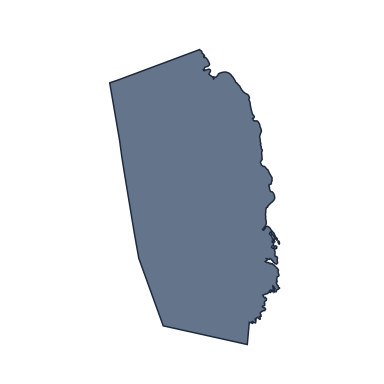 outline of West Kwaio, Malaita, Solomon Islands, rotated 202°
{"feature_id": "97153195B63477576504683", "entity_name": "West Kwaio", "entity_type": "district", "adm_level": 2, "iso_a3": "SLB", "parent_name": "Solomon Islands", "parent_adm1": "Malaita", "projection": "albers", "projection_center": [160.814, -9.033], "detail": "fine", "context": "isolated", "style": "filled", "palette": "slate", "viewbox_px": 384, "rotation_deg": 202, "n_neighbors": 0, "source": "geoboundaries", "source_scale": "gbopen_adm2", "svg_char_len": 5818}
<svg xmlns="http://www.w3.org/2000/svg" viewBox="0 0 384 384"><g transform="rotate(202 192 192)"><path d="M86.9,92.9L87.2,93.8L87.9,94.3L87.7,94.6L86.1,94.4L85.7,94.0L85.5,94.3L84.6,94.3L84.1,94.5L84.1,95.3L84.4,96.0L84.7,96.2L84.6,96.8L84.9,96.9L84.9,97.1L85.6,97.3L85.9,97.8L85.0,98.3L85.2,99.0L84.9,99.2L84.3,100.4L83.9,100.5L83.4,100.0L82.9,100.0L82.7,99.7L81.6,99.3L81.2,99.5L81.3,100.1L81.6,100.5L81.9,101.3L82.4,101.6L82.5,101.9L82.5,102.1L82.0,102.2L81.4,102.6L81.5,102.9L82.0,103.9L83.3,105.0L83.4,105.6L82.8,107.2L82.4,107.4L82.2,107.9L80.8,108.9L80.7,109.4L80.4,109.4L80.5,109.7L80.0,110.1L79.9,110.9L80.3,111.4L81.2,111.8L82.2,111.6L83.8,112.0L83.6,112.9L82.9,113.5L82.3,113.7L82.2,114.0L82.5,115.3L82.8,115.8L83.3,116.0L83.2,116.4L83.6,117.1L83.5,118.1L82.5,119.4L82.9,120.9L84.6,121.7L84.8,121.1L85.2,121.1L86.6,121.9L87.3,122.4L87.6,122.9L87.2,123.1L86.8,123.9L86.1,124.2L85.9,124.7L83.9,126.1L83.6,126.7L83.6,127.6L82.3,128.0L81.8,128.1L81.5,128.3L81.4,128.6L81.5,128.8L83.0,129.3L82.7,130.4L82.0,130.8L81.4,130.4L80.9,129.8L79.9,129.8L80.0,130.7L80.0,131.4L80.5,132.5L80.4,133.3L81.3,134.0L81.5,134.6L81.8,134.8L81.8,135.3L80.4,134.7L79.5,133.9L78.9,133.6L78.8,133.3L79.1,132.3L78.9,131.2L78.3,129.9L78.1,130.3L78.1,130.6L77.7,130.6L76.6,131.1L76.6,131.9L76.9,132.4L76.8,132.9L75.4,134.4L75.3,134.8L74.8,135.6L75.0,135.9L76.2,136.1L76.9,137.2L78.3,137.8L79.2,138.6L79.9,139.6L80.1,140.6L79.9,140.8L79.6,140.7L79.6,141.3L80.2,141.3L80.5,141.9L81.3,145.3L81.0,145.6L80.8,145.7L80.4,146.1L80.1,146.7L80.1,147.2L80.4,147.8L82.1,149.8L82.6,151.0L82.5,151.8L82.9,152.3L84.4,153.3L84.7,153.2L85.6,153.5L86.7,154.2L88.2,154.7L88.4,155.0L89.8,155.1L90.8,155.6L91.1,155.6L91.7,155.0L92.1,154.9L92.2,155.2L92.6,155.3L93.3,154.6L94.1,155.1L95.0,155.2L95.3,155.1L95.6,154.8L96.0,154.8L96.7,154.5L98.1,155.0L97.8,155.5L97.0,156.5L96.8,157.1L97.1,157.7L98.0,158.1L97.3,158.4L96.6,158.1L95.9,158.4L95.3,158.3L95.1,158.4L94.9,159.4L94.2,159.2L93.1,159.4L92.7,159.2L92.5,158.7L91.5,158.6L91.1,158.0L89.7,157.2L89.1,157.2L88.0,156.8L87.0,156.8L86.5,156.9L86.4,157.7L86.1,158.0L86.1,158.5L87.5,160.7L87.9,161.6L87.9,162.7L88.8,163.7L90.0,163.8L90.5,163.4L91.1,163.8L92.0,165.8L92.1,166.4L92.5,167.1L92.6,167.7L92.9,167.9L93.6,168.8L93.8,169.8L93.7,170.4L92.5,171.3L92.4,171.6L92.7,172.5L92.7,172.8L92.9,173.0L93.4,172.9L94.1,173.5L95.2,172.7L95.5,172.2L95.1,171.7L95.2,170.4L95.6,170.0L96.1,170.0L96.3,170.3L97.5,170.5L97.6,171.4L96.9,172.5L96.2,172.6L96.1,172.9L96.5,173.1L96.9,173.8L96.8,174.3L96.9,174.6L98.4,175.6L98.9,175.7L99.2,176.3L98.7,176.4L98.2,175.9L97.3,175.9L96.6,176.7L96.6,177.1L97.0,177.3L98.0,178.4L98.6,177.7L98.8,177.8L99.2,178.6L99.8,178.6L101.0,180.2L102.2,181.1L102.6,181.7L103.7,181.7L104.0,182.3L104.5,182.4L104.6,183.3L104.4,184.2L104.0,184.5L103.4,184.2L102.7,183.3L102.3,183.2L102.0,182.9L99.6,181.5L98.7,180.4L98.5,179.8L97.0,179.8L95.3,179.2L95.1,179.7L95.2,180.4L96.4,181.2L97.2,181.4L98.1,182.0L99.2,183.1L99.4,183.0L99.5,183.4L99.9,183.7L100.1,184.0L100.5,184.1L101.0,184.8L101.7,185.0L104.4,186.4L106.3,187.8L108.0,188.4L109.3,188.5L110.2,187.8L110.7,186.7L110.8,185.9L110.6,185.7L111.3,183.4L111.8,183.3L112.6,183.7L111.4,187.6L111.2,190.3L112.3,192.8L112.8,193.2L113.1,194.1L113.9,195.0L114.3,196.6L115.2,198.1L115.9,200.1L115.9,200.6L116.1,200.8L117.0,203.6L117.2,205.4L117.1,205.8L116.3,206.1L116.2,207.1L116.5,207.7L116.0,208.3L114.6,211.7L113.7,213.1L113.6,213.7L113.1,214.6L112.9,216.5L113.1,217.6L114.2,219.5L116.0,221.4L117.7,222.2L118.5,222.2L119.0,221.8L119.8,222.2L121.2,223.8L121.9,225.4L122.4,225.6L122.5,225.9L122.8,226.1L123.1,226.9L123.2,227.7L122.7,227.7L122.6,228.2L121.9,228.7L121.6,229.1L121.7,230.0L122.0,230.8L122.0,232.7L122.7,233.9L122.9,234.8L123.3,235.4L127.2,238.3L129.1,240.2L130.2,241.1L131.1,241.2L134.1,242.8L134.7,242.8L135.6,242.4L137.6,243.0L139.7,245.1L139.8,245.7L139.2,248.0L139.2,248.9L139.9,249.5L140.4,251.2L141.8,253.7L142.3,255.0L142.3,256.6L142.5,257.2L143.1,257.7L143.6,257.8L144.4,259.0L144.9,260.2L145.6,260.7L146.3,261.4L146.3,261.5L146.1,262.0L146.4,262.8L147.9,264.7L148.2,265.7L150.2,269.0L150.1,269.6L150.3,270.5L150.2,270.9L150.4,271.9L150.3,273.8L150.7,275.0L151.1,275.3L151.2,275.8L152.6,277.4L153.5,278.1L154.6,280.0L156.5,281.6L157.5,282.1L158.4,282.3L160.3,281.5L161.3,281.3L161.3,281.2L161.9,281.4L162.3,281.8L163.0,282.8L163.3,282.9L163.2,283.1L162.7,283.4L162.4,284.0L162.3,284.6L162.4,285.1L163.1,285.8L165.0,286.8L166.3,288.3L170.0,293.6L171.9,297.0L172.9,298.1L174.0,298.9L173.9,300.6L175.0,302.1L176.7,303.2L180.0,303.5L180.9,303.9L182.2,304.1L183.1,304.9L183.9,305.2L185.4,306.3L187.3,307.9L189.9,309.1L190.8,309.7L192.1,310.1L192.5,310.0L193.8,311.4L197.2,313.9L198.7,314.5L198.9,314.8L200.2,315.5L202.6,316.1L204.9,316.0L206.2,315.7L208.6,314.4L210.8,312.6L211.7,311.4L211.8,309.8L212.7,307.6L213.0,307.3L214.4,306.9L214.0,305.6L214.1,305.1L214.3,304.7L214.5,304.8L214.5,305.7L215.1,306.5L215.4,306.4L215.3,306.7L215.4,306.8L216.2,306.5L219.1,307.0L220.6,307.7L220.6,308.2L220.2,309.6L220.2,311.2L220.4,311.7L220.9,312.1L221.9,312.3L222.7,312.1L224.4,310.4L225.6,310.1L225.8,309.9L225.6,309.3L225.8,309.1L226.8,309.1L227.3,309.6L226.8,309.9L226.7,310.2L226.9,311.3L226.8,312.4L226.1,313.2L224.6,314.2L224.3,314.6L223.5,316.1L223.6,317.1L224.0,317.6L226.8,320.2L229.0,321.5L230.2,321.8L230.5,321.7L230.9,321.2L231.7,321.5L231.9,321.9L232.0,322.3L231.6,322.2L231.4,322.9L231.8,323.3L235.0,324.9L235.5,325.8L235.9,326.2L237.1,326.5L237.9,326.4L238.3,326.9L303.0,267.7L309.2,262.4L278.1,212.1L271.0,199.6L262.5,185.4L229.3,131.0L216.5,110.6L168.5,57.1L83.6,71.3L90.1,92.7L86.9,92.9ZM93.8,178.7L93.6,178.2L93.3,178.6L93.1,178.5L93.5,178.0L93.4,177.6L92.6,177.0L92.4,176.6L91.8,176.3L91.6,176.3L91.6,177.2L92.1,177.8L92.3,178.4L93.2,179.0L93.6,179.0L93.8,178.7Z" fill="#64748b" stroke="#1e293b" stroke-width="1.5"/></g></svg>